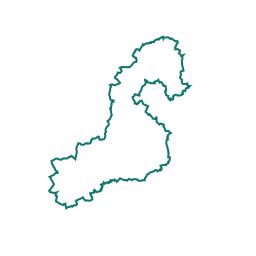 outline of Baltinglass Lea-6, Wicklow, Ireland, rotated 208°
{"feature_id": "5873133B22148829487271", "entity_name": "Baltinglass Lea-6", "entity_type": "district", "adm_level": 2, "iso_a3": "IRL", "parent_name": "Ireland", "parent_adm1": "Wicklow", "projection": "mercator", "projection_center": [-6.547, 52.958], "detail": "fine", "context": "isolated", "style": "outline", "palette": "teal", "viewbox_px": 256, "rotation_deg": 208, "n_neighbors": 0, "source": "geoboundaries", "source_scale": "gbopen_adm2", "svg_char_len": 5920}
<svg xmlns="http://www.w3.org/2000/svg" viewBox="0 0 256 256"><g transform="rotate(208 128 128)"><path d="M174.5,58.5L172.1,56.5L170.9,56.5L170.5,56.1L170.0,56.3L169.1,55.7L169.1,55.1L170.4,54.7L171.0,53.7L171.6,51.7L174.3,48.0L172.8,47.6L171.3,46.2L169.9,45.6L166.9,43.4L167.8,36.9L168.2,35.6L166.6,34.8L165.2,35.4L162.5,35.9L160.7,37.7L161.0,36.5L160.8,35.7L160.1,34.4L159.7,34.2L159.0,34.7L158.6,34.2L158.3,33.6L157.7,30.7L157.0,29.3L156.2,29.5L154.6,29.2L149.2,29.4L148.8,29.9L148.8,30.8L148.0,31.5L148.0,31.2L146.2,29.8L144.9,28.1L143.9,29.9L142.1,31.3L141.1,32.9L140.2,32.5L139.4,34.3L137.6,35.4L137.7,36.7L137.3,36.9L138.3,38.0L139.6,38.8L139.3,39.2L139.5,39.8L135.7,44.6L135.2,45.6L133.2,44.3L131.1,44.0L131.0,44.5L127.4,45.9L126.0,48.1L126.2,48.6L127.5,49.9L127.4,50.2L129.9,51.6L130.8,52.6L129.5,53.4L128.0,55.2L127.9,56.0L128.7,56.7L128.7,57.5L127.5,57.3L127.2,56.4L127.0,56.9L125.8,56.6L122.9,59.1L123.2,59.9L122.4,60.2L122.5,61.4L123.0,61.2L123.3,62.2L123.3,63.7L122.9,63.8L122.9,64.2L125.3,65.3L124.7,66.3L123.7,66.0L123.1,66.8L123.9,68.6L122.2,68.2L121.7,69.5L121.1,70.0L120.7,70.2L119.8,69.8L118.9,70.8L119.5,71.6L119.4,72.1L117.9,72.4L118.1,73.6L118.8,73.6L118.8,74.0L117.3,74.0L116.9,75.0L115.4,75.1L115.5,75.9L115.4,76.3L113.3,75.9L112.5,75.3L111.4,79.8L106.4,80.2L105.1,81.3L104.2,81.0L103.3,83.5L100.1,83.7L99.6,85.1L97.1,86.5L96.1,86.5L95.3,87.0L94.3,86.3L92.1,87.2L90.5,89.0L89.5,89.1L88.7,89.6L89.5,91.7L89.2,93.2L89.1,96.3L88.0,97.3L87.9,98.6L87.5,99.2L84.7,102.0L84.9,102.5L83.9,103.9L82.5,104.0L81.9,103.6L81.7,104.5L80.6,104.8L79.5,105.7L79.0,106.5L80.1,106.8L79.4,108.3L81.6,110.0L79.7,111.8L77.0,113.3L77.3,113.9L75.9,116.1L76.7,117.2L76.0,118.1L77.0,121.5L77.3,121.8L78.8,121.1L80.6,125.4L80.9,125.3L82.6,127.9L83.1,128.0L84.7,130.2L86.7,131.9L88.0,134.5L88.0,135.8L87.3,136.6L88.7,137.5L88.4,138.7L89.2,139.0L89.4,139.6L88.9,142.2L87.9,143.6L89.0,143.7L90.1,144.3L91.4,144.2L93.4,142.9L95.8,145.2L97.6,146.0L97.5,147.4L99.2,147.9L100.1,147.2L101.0,147.4L102.0,145.7L103.1,146.3L105.0,146.5L105.8,147.1L107.7,150.7L108.1,150.5L107.8,149.7L108.4,148.6L110.1,148.0L115.5,150.3L115.8,149.2L116.1,149.1L117.9,150.1L119.6,150.3L120.1,150.5L120.4,151.2L120.1,152.9L120.6,154.6L120.4,155.4L120.6,156.7L125.5,156.2L128.8,158.5L129.3,157.9L130.2,157.5L130.4,156.8L130.2,155.7L130.8,155.4L130.6,154.4L131.4,154.0L131.3,153.1L133.0,153.1L133.0,153.6L133.3,153.7L133.5,153.4L133.3,153.1L133.6,152.9L134.2,154.2L134.8,154.7L137.7,156.4L138.5,157.4L137.7,158.8L137.5,159.6L137.8,160.1L137.8,161.0L137.6,161.2L137.1,161.0L136.0,161.6L134.5,161.4L133.2,162.0L134.4,164.0L134.0,167.5L134.6,169.5L134.6,171.9L133.4,173.8L133.3,174.3L133.5,175.0L133.3,175.8L134.0,177.3L134.4,177.7L135.1,177.7L135.5,178.4L133.5,178.6L132.0,177.6L130.4,178.1L129.0,178.0L128.6,178.6L125.4,180.0L126.4,181.3L124.9,182.6L123.8,184.7L123.5,184.2L121.2,183.0L120.5,184.2L118.3,183.4L117.8,182.9L117.1,182.8L116.3,181.8L115.8,182.4L114.6,182.8L111.8,178.9L112.5,178.2L112.3,177.2L111.3,176.7L109.6,174.8L107.7,175.2L107.1,174.1L106.0,173.6L106.0,173.0L103.7,172.3L103.9,174.0L102.4,173.7L101.8,174.1L101.7,175.2L102.8,176.4L102.9,176.9L102.6,177.3L103.0,177.7L102.0,179.5L100.5,180.1L99.2,179.9L99.0,180.4L97.0,181.3L95.4,183.5L95.4,184.1L96.6,184.4L96.3,184.9L96.6,185.5L96.8,186.8L96.0,187.3L94.9,187.4L95.3,188.0L95.0,189.0L95.5,190.0L94.3,191.5L94.2,192.1L93.5,192.0L93.6,192.6L93.3,193.2L93.8,193.6L93.6,193.9L94.7,193.4L95.8,193.7L96.1,194.0L95.9,194.5L96.6,195.2L97.6,194.1L99.3,193.0L100.6,192.7L101.8,193.6L102.9,195.1L103.0,196.0L105.5,196.6L105.9,197.5L106.1,199.6L106.6,200.6L107.7,201.6L107.8,202.8L107.5,203.5L106.3,204.2L105.9,204.8L110.3,209.7L110.9,210.8L112.2,213.1L112.5,214.8L113.7,216.6L113.4,218.3L114.4,217.3L114.2,216.6L114.9,216.4L116.4,217.7L117.3,218.0L118.0,217.7L118.3,220.7L120.6,221.1L123.3,219.7L123.3,220.8L124.2,221.1L124.2,223.7L124.6,224.9L124.2,225.7L124.1,226.6L125.2,227.9L126.8,226.8L131.7,227.5L132.4,226.4L133.8,227.0L135.2,226.8L138.5,224.9L138.8,224.4L138.7,223.4L140.1,224.9L142.0,222.3L142.0,220.8L143.3,220.7L144.2,219.7L144.0,219.4L145.7,217.8L145.8,216.9L145.4,216.1L146.8,215.4L147.1,214.9L148.0,214.7L147.7,214.0L148.3,213.7L148.2,213.4L149.7,212.8L149.7,212.1L150.9,211.9L152.9,209.6L152.7,209.0L153.0,208.5L154.2,208.8L153.9,207.3L154.2,206.5L154.3,201.7L155.7,202.2L157.6,201.5L157.8,200.5L157.5,199.2L157.9,199.2L157.7,198.6L158.3,197.0L157.7,195.5L157.9,194.0L155.5,193.3L154.2,193.9L153.7,193.8L153.3,192.8L151.9,191.5L151.8,190.2L153.1,189.5L153.9,187.2L154.3,184.2L155.5,182.1L156.1,182.1L157.6,180.9L158.7,180.9L160.1,179.7L160.9,179.6L163.1,178.1L163.5,177.2L161.7,176.5L160.3,175.4L160.4,174.1L160.8,173.0L163.1,172.1L162.5,170.7L163.4,167.2L163.3,166.5L162.2,165.8L160.7,166.0L156.2,164.1L156.7,163.1L159.6,159.7L160.4,159.3L162.2,159.2L163.3,158.5L164.1,157.5L162.5,156.8L162.4,154.8L161.3,152.5L161.1,151.7L161.2,151.1L160.1,148.3L158.2,146.8L157.8,145.7L156.7,144.8L155.6,144.5L155.0,145.1L153.7,145.6L153.2,144.6L153.9,144.6L153.9,143.4L154.4,142.8L154.1,141.7L153.5,141.3L153.4,140.0L152.6,138.4L152.8,137.4L152.4,137.1L152.8,136.9L152.0,136.3L152.1,136.1L151.8,135.5L150.8,134.8L149.9,133.3L148.3,131.7L148.5,130.7L148.3,130.1L148.5,129.8L148.1,127.5L149.3,124.4L148.1,124.0L146.8,122.5L146.5,121.6L146.5,120.9L147.2,119.1L147.2,116.5L146.5,115.0L145.6,114.4L145.6,113.6L145.9,112.2L144.5,110.9L143.9,109.0L143.8,107.3L145.3,105.7L147.5,104.4L148.6,105.0L149.1,106.2L150.3,106.5L151.9,103.5L154.2,102.0L154.1,101.7L154.6,101.1L154.3,100.5L154.8,99.6L154.0,97.7L154.4,96.6L156.0,95.3L156.2,95.6L158.1,94.8L158.7,93.2L160.0,91.8L161.5,91.4L163.0,91.8L164.8,91.1L164.4,89.9L164.4,86.6L164.0,85.4L161.9,82.9L159.9,75.7L164.6,76.9L165.1,75.6L165.7,75.7L166.4,75.0L166.9,73.3L168.3,71.9L170.5,71.1L172.4,68.3L175.8,67.8L177.1,67.2L177.7,66.6L178.2,65.3L180.1,63.0L178.2,60.6L176.2,59.7L175.6,58.7L174.5,58.5Z" fill="none" stroke="#0f766e" stroke-width="2"/></g></svg>